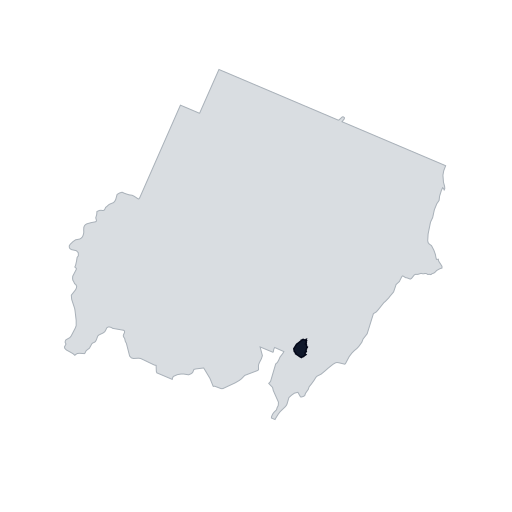 location of Abu Hujar, Sennar, Sudan, rotated 23°
{"feature_id": "16777658B38113510529879", "entity_name": "Abu Hujar", "entity_type": "district", "adm_level": 2, "iso_a3": "SDN", "parent_name": "Sudan", "parent_adm1": "Sennar", "projection": "robinson", "projection_center": [34.02, 12.663], "detail": "fine", "context": "in_parent", "style": "filled", "palette": "ink", "viewbox_px": 512, "rotation_deg": 23, "n_neighbors": 0, "source": "geoboundaries", "source_scale": "gbopen_adm2", "svg_char_len": 4963}
<svg xmlns="http://www.w3.org/2000/svg" viewBox="0 0 512 512"><g transform="rotate(23 256 256)"><path d="M337.4,399.1L333.5,399.1L333.1,398.0L333.1,395.1L333.6,392.9L335.0,389.5L334.7,387.6L334.9,384.9L333.8,381.8L324.4,373.0L322.6,370.5L317.5,368.3L318.4,365.8L316.3,347.7L317.3,345.6L317.6,342.4L317.6,339.7L318.8,335.0L319.0,333.1L308.9,332.9L308.8,334.9L309.3,337.2L309.2,338.0L295.3,338.1L300.8,345.2L301.1,348.3L300.8,352.2L300.8,354.7L301.2,356.3L302.7,359.5L302.6,360.1L302.2,360.8L292.3,370.3L290.6,374.7L289.3,377.0L286.4,380.9L277.3,391.0L275.8,391.7L268.9,392.0L268.3,392.3L267.7,392.7L267.4,392.6L261.5,386.7L251.6,379.5L245.0,383.3L243.2,384.6L243.2,388.1L242.2,389.8L240.4,391.7L235.5,392.9L233.0,394.0L230.0,395.9L227.0,399.1L226.8,400.8L227.1,402.3L210.4,402.3L209.3,401.1L206.8,395.7L205.1,396.1L189.9,395.4L187.7,396.0L183.3,398.2L181.1,398.5L178.8,397.5L170.8,387.0L169.1,385.7L167.3,383.2L165.6,382.1L165.0,381.3L164.8,380.2L164.9,377.9L164.3,376.4L163.1,376.1L152.3,378.6L150.7,378.3L148.4,378.7L147.7,379.1L146.7,380.5L146.6,383.4L146.3,384.9L145.4,386.5L142.3,390.0L141.6,391.6L141.8,395.5L141.6,397.5L141.1,398.4L139.7,399.9L139.2,400.8L138.7,405.9L137.0,408.9L136.6,410.0L136.5,412.2L136.2,412.9L131.3,414.6L129.5,415.7L128.3,417.4L128.1,418.2L126.0,417.5L123.3,417.1L118.2,416.6L116.2,415.8L115.2,414.6L115.5,411.5L115.0,410.8L114.2,410.3L113.7,409.0L113.8,407.4L116.5,403.9L117.1,402.0L117.8,393.1L117.7,390.4L115.6,385.5L110.7,376.9L109.6,375.2L103.5,368.2L102.8,367.1L101.3,364.2L103.1,357.6L103.2,355.8L102.8,354.0L101.2,352.6L99.9,352.4L98.1,350.7L96.9,349.9L95.9,348.3L95.2,346.2L95.8,338.5L95.4,337.5L93.9,337.2L93.5,336.6L93.6,335.2L92.8,330.8L91.9,327.2L92.4,325.2L91.1,322.4L88.6,321.3L83.7,322.2L82.2,322.0L81.2,321.5L80.5,320.5L80.1,319.3L80.5,317.6L81.9,314.3L83.6,311.6L87.2,309.2L88.1,307.9L88.7,306.4L88.8,304.8L88.6,303.0L88.2,301.4L87.2,299.3L86.3,296.8L86.3,295.2L86.7,293.9L87.7,292.5L91.2,289.7L94.8,287.3L95.4,286.5L95.2,285.5L93.6,283.5L93.1,279.8L92.2,277.2L94.1,275.2L95.4,274.5L97.5,273.9L98.4,273.0L98.6,271.5L98.6,270.0L99.3,268.8L100.4,266.4L101.2,265.3L104.0,262.5L104.6,260.7L104.8,258.9L104.1,253.6L105.7,251.4L107.8,249.6L110.7,249.7L115.2,249.3L118.2,248.5L120.4,248.6L125.4,249.5L125.9,249.1L126.2,247.7L127.5,146.7L148.0,146.7L148.3,146.5L149.0,98.8L278.0,98.8L279.1,98.6L281.1,94.2L282.0,93.8L283.3,94.1L283.7,95.2L282.7,98.8L395.3,98.8L395.5,104.2L396.5,108.6L399.7,114.8L402.4,118.2L403.4,120.1L403.5,120.9L403.4,121.7L402.5,120.8L401.1,120.2L401.0,123.1L401.6,129.1L402.8,133.3L402.0,137.2L402.1,143.7L403.6,151.6L403.4,156.6L405.8,168.4L408.1,174.9L409.3,176.5L410.8,177.3L413.5,177.9L417.5,181.2L420.7,184.7L421.8,186.5L423.4,188.6L424.4,188.2L425.1,187.7L426.1,189.3L431.2,192.8L431.9,194.4L430.1,196.0L428.0,198.7L427.0,201.3L426.5,202.1L424.8,203.7L424.5,204.5L423.8,205.0L423.0,205.0L421.3,205.9L419.8,205.6L418.2,206.1L417.6,206.7L416.4,207.2L414.7,207.5L412.1,209.7L409.8,210.7L409.1,211.6L407.9,215.9L407.0,217.0L403.6,217.1L402.0,217.5L399.7,217.0L398.6,217.1L398.3,218.0L398.0,221.7L398.0,223.3L396.1,227.5L396.7,235.3L394.9,241.2L394.6,242.6L392.8,247.3L391.9,249.0L389.5,257.7L388.6,260.4L386.6,263.2L388.7,284.2L387.0,290.6L387.1,294.1L385.9,299.3L385.0,301.7L383.5,304.6L382.2,307.8L381.1,312.1L380.4,320.1L380.0,320.9L374.0,321.9L372.1,322.4L370.9,323.3L369.3,325.4L366.2,331.1L364.6,334.5L362.1,339.3L359.2,342.7L358.5,344.3L358.1,347.3L357.0,352.2L356.0,355.6L356.2,358.4L355.2,363.1L355.4,365.5L354.4,366.8L353.0,368.0L352.0,368.3L347.8,365.1L344.9,367.3L343.0,370.4L341.6,373.5L342.4,380.2L342.3,381.6L341.9,383.2L339.1,389.7L338.3,392.7L337.5,397.8L337.4,399.1Z" fill="#d9dde1" stroke="#a8b0b8" stroke-width="1"/><path d="M340.5,327.2L340.4,327.2L340.1,327.3L339.7,326.9L339.1,326.4L338.9,326.2L338.8,325.8L338.9,325.5L339.2,325.1L339.6,324.7L339.6,324.0L339.4,323.8L339.0,323.5L338.7,323.1L338.7,322.8L338.7,322.4L338.8,321.9L338.8,321.6L338.7,321.3L338.7,321.1L338.5,320.8L338.5,320.6L338.5,320.4L338.9,320.0L338.9,319.8L338.7,319.8L338.3,319.6L338.0,319.3L337.7,319.1L337.3,318.5L337.1,318.0L337.0,317.9L336.9,317.7L336.7,317.4L336.4,317.2L336.2,317.3L335.9,317.8L335.8,317.7L335.7,317.5L335.8,317.1L336.1,316.7L336.2,316.4L336.2,316.0L336.0,315.7L335.6,315.4L335.4,315.2L335.4,314.9L335.5,314.7L335.7,314.3L335.6,313.9L335.1,313.7L334.9,313.6L334.8,313.4L334.7,313.3L334.7,313.2L334.6,313.3L334.6,313.6L334.4,313.9L334.3,314.3L331.9,314.3L331.1,315.5L330.6,315.7L330.7,316.1L330.4,316.8L329.9,317.7L329.5,318.5L328.9,319.6L328.0,321.0L327.8,321.5L327.7,322.1L327.4,324.1L327.0,326.5L327.6,327.5L328.6,329.0L330.3,329.6L330.5,330.5L332.0,330.8L333.7,331.1L335.3,331.5L336.0,331.6L336.3,331.6L337.0,331.7L337.5,331.7L337.6,331.4L337.7,331.2L338.0,331.0L338.1,330.8L338.2,330.7L338.4,330.4L338.5,330.4L339.0,330.0L339.2,329.7L339.3,329.2L339.5,328.8L339.8,328.3L339.9,328.2L340.1,327.9L340.4,327.5L340.5,327.2Z" fill="#0f172a" stroke="#020617" stroke-width="1.5"/></g></svg>